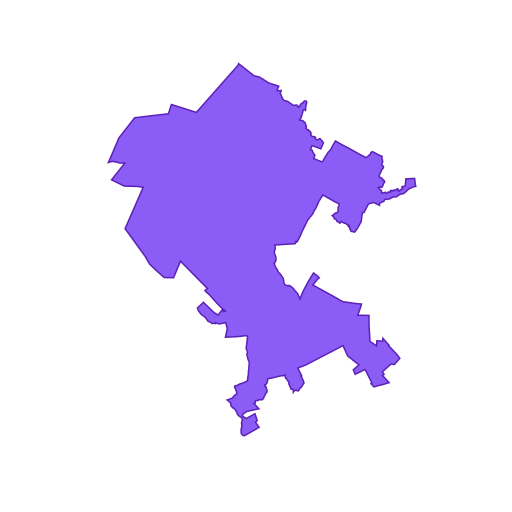 Escuintla, Chiapas, Mexico (Robinson projection), rotated 293°
{"feature_id": "50627088B28564966320854", "entity_name": "Escuintla", "entity_type": "district", "adm_level": 2, "iso_a3": "MEX", "parent_name": "Mexico", "parent_adm1": "Chiapas", "projection": "robinson", "projection_center": [-92.576, 15.351], "detail": "fine", "context": "isolated", "style": "filled", "palette": "violet", "viewbox_px": 512, "rotation_deg": 293, "n_neighbors": 0, "source": "geoboundaries", "source_scale": "gbopen_adm2", "svg_char_len": 6149}
<svg xmlns="http://www.w3.org/2000/svg" viewBox="0 0 512 512"><g transform="rotate(293 256 256)"><path d="M191.4,428.0L195.5,419.0L197.1,420.1L198.8,417.6L209.3,422.5L210.1,425.7L218.0,428.4L220.2,424.5L223.0,418.4L225.3,412.9L225.9,413.2L229.8,405.0L227.0,405.8L225.2,400.4L220.3,402.1L221.9,394.3L237.3,386.7L245.5,383.2L241.2,372.8L249.9,372.3L253.0,371.9L251.1,365.9L248.5,356.0L247.9,354.6L248.2,350.0L248.5,348.5L249.4,340.6L251.5,319.6L258.8,321.8L260.6,322.8L261.5,320.8L262.9,315.6L253.9,314.2L243.0,313.2L233.7,313.1L237.7,309.0L239.5,304.9L240.7,303.1L241.6,300.1L241.9,297.9L241.0,297.3L240.8,294.1L241.1,293.3L242.8,291.9L246.0,289.9L249.1,285.1L249.6,283.4L250.7,281.8L251.8,281.2L252.5,279.4L256.3,275.4L257.0,276.0L259.2,276.1L260.9,275.7L263.2,274.4L265.9,271.7L267.6,271.2L270.2,270.9L273.5,269.1L282.6,287.2L285.1,287.2L284.8,288.1L287.4,288.6L293.1,289.0L295.3,288.8L309.7,289.6L310.4,290.0L313.1,290.5L314.3,291.1L317.5,291.8L320.1,291.8L322.2,292.3L328.8,292.6L329.0,292.4L330.8,292.5L338.3,293.7L336.7,307.6L336.5,311.3L336.2,312.1L334.9,312.8L332.7,312.6L328.7,314.3L327.5,313.6L326.5,312.2L324.5,311.3L323.0,310.3L322.2,312.4L320.9,313.6L320.7,316.1L319.5,317.0L319.5,317.7L319.0,320.4L319.2,320.6L321.1,320.9L320.7,323.5L321.1,324.2L320.8,324.6L320.9,325.8L320.4,328.3L320.7,329.3L320.5,329.7L320.1,330.0L319.4,329.4L319.1,329.7L319.1,330.7L318.4,331.6L317.5,331.8L316.9,332.8L316.1,333.4L315.9,334.4L316.4,336.0L316.3,336.8L316.7,337.6L321.3,338.6L328.6,339.4L337.3,337.0L338.2,338.4L347.9,339.2L351.2,343.3L350.9,349.9L352.2,349.3L353.0,349.3L355.8,351.9L356.6,352.4L358.0,352.4L358.8,352.8L359.1,353.9L359.7,354.5L359.9,355.3L360.7,356.6L363.8,359.0L365.3,362.1L368.9,364.3L370.9,367.2L373.1,368.6L377.0,370.2L381.3,373.9L382.5,375.9L384.1,374.7L389.4,371.7L385.6,363.8L378.7,366.0L377.9,365.1L377.0,363.3L376.2,363.7L375.5,364.5L375.1,364.6L373.7,363.2L371.6,362.3L371.5,361.6L371.8,361.0L372.6,360.9L373.3,360.2L372.6,359.4L370.5,358.2L370.7,357.6L370.1,356.8L369.4,356.4L369.6,355.7L369.3,355.3L369.0,355.4L368.7,355.1L368.8,354.3L367.5,354.8L366.9,353.6L366.8,353.0L366.1,352.4L365.4,352.2L364.4,351.3L365.3,350.3L364.0,348.9L363.1,346.8L364.5,346.5L365.1,346.0L366.7,341.8L368.0,343.0L368.0,344.4L369.0,345.3L372.7,345.1L374.4,345.6L375.2,344.9L375.6,344.2L375.3,344.1L375.1,343.5L375.8,343.1L376.7,341.5L377.1,338.5L378.2,337.9L383.2,338.1L383.8,337.8L386.5,338.7L388.1,338.5L388.5,337.9L388.7,336.4L389.4,336.0L389.9,335.9L392.2,335.8L393.9,334.8L395.4,333.3L397.0,333.3L397.0,329.2L397.6,322.5L396.2,321.3L394.9,321.5L393.8,321.2L392.7,320.5L391.3,320.0L389.6,318.7L390.0,312.7L391.5,299.0L391.7,295.2L392.9,284.2L386.4,283.3L383.6,283.3L379.2,281.8L373.7,280.9L368.9,280.4L368.4,279.6L368.2,271.0L371.7,270.9L371.9,270.7L373.6,267.9L375.4,266.3L375.1,264.8L376.5,264.5L379.5,264.4L380.0,273.8L386.6,273.8L387.7,271.9L388.0,271.6L388.0,271.2L389.0,269.2L388.8,268.5L388.2,268.3L387.1,267.4L386.7,266.0L387.0,264.9L388.5,264.4L388.6,262.9L388.0,261.1L388.3,260.0L388.5,259.3L389.0,258.9L389.7,259.1L390.2,258.9L391.6,257.6L391.6,256.8L392.1,256.2L392.0,255.6L392.7,254.8L392.4,254.0L392.5,253.2L393.4,251.7L394.7,252.0L396.1,250.5L396.5,250.4L397.7,249.4L398.1,248.8L398.2,247.3L398.9,246.4L398.9,245.9L398.1,243.0L398.7,242.8L400.9,243.5L403.6,243.1L406.3,242.9L408.6,242.4L409.5,243.2L409.6,243.8L409.3,244.6L409.8,244.6L412.5,243.5L415.6,243.0L417.2,242.4L417.4,242.6L418.0,242.1L418.2,241.4L418.0,240.8L417.8,240.3L417.1,239.7L415.3,239.3L413.9,238.1L413.1,237.8L410.0,237.6L409.6,237.3L409.6,236.7L410.8,235.4L410.9,234.9L410.6,233.8L409.7,232.5L409.3,231.5L410.7,224.3L410.1,221.2L410.8,219.5L415.2,214.8L418.2,214.5L416.6,211.6L416.8,210.6L421.2,210.6L420.3,200.1L422.1,188.9L421.1,183.8L426.3,164.8L424.5,164.9L364.9,145.0L362.4,118.9L352.7,119.8L335.9,90.3L311.2,83.7L284.4,83.6L286.5,86.1L287.0,86.9L287.8,90.2L288.4,94.5L289.8,97.7L290.1,98.9L269.7,93.3L268.9,107.4L273.6,119.4L275.2,125.3L230.0,124.8L211.7,155.2L211.4,155.3L206.9,161.4L203.6,170.1L200.3,180.0L203.8,188.6L221.7,188.5L207.1,224.0L204.3,222.5L203.1,224.7L203.1,225.3L202.2,228.0L197.1,238.9L194.8,244.5L193.4,249.3L192.2,248.3L193.1,245.8L186.8,244.2L187.6,239.3L192.8,225.7L185.2,222.4L183.2,224.5L183.1,224.4L180.9,228.3L179.7,233.3L177.3,237.1L177.0,241.3L176.6,241.9L177.8,243.6L177.9,245.2L178.9,245.0L179.0,248.6L182.8,254.2L178.0,257.9L169.3,259.6L174.6,270.6L176.0,272.8L175.8,272.9L178.4,277.1L179.0,279.6L166.9,283.1L164.7,285.5L164.2,285.7L162.8,285.8L161.4,286.2L161.2,286.5L157.8,289.0L155.7,291.1L153.3,292.2L152.5,292.3L149.9,293.3L146.8,294.1L143.8,295.3L140.2,296.0L139.1,296.8L137.6,296.4L136.9,296.4L133.0,292.5L132.1,291.3L130.8,290.1L129.6,289.4L128.6,287.8L127.6,287.2L126.3,288.2L124.8,289.9L122.8,291.5L121.4,292.1L119.0,290.5L116.8,290.0L115.7,289.5L112.2,285.7L110.8,290.1L108.3,291.5L107.3,293.6L107.1,294.0L107.3,294.6L106.6,296.6L104.4,299.7L103.8,300.0L102.7,301.4L102.2,302.2L101.6,305.6L101.0,306.5L99.6,307.6L96.7,307.9L96.2,308.1L95.7,308.9L94.4,308.9L92.6,310.1L92.2,309.8L90.2,310.1L86.8,311.8L85.7,314.0L86.0,315.6L99.5,325.8L102.9,320.4L104.9,321.5L110.4,316.7L102.6,310.5L103.2,307.2L103.6,306.2L104.9,305.5L109.0,308.1L109.7,308.8L116.5,318.4L119.4,311.7L120.5,312.8L122.6,312.0L122.8,312.2L123.9,314.5L124.8,314.8L125.2,315.2L125.4,316.4L126.2,318.0L126.6,318.2L128.5,318.5L132.8,318.6L134.8,319.2L135.8,319.0L136.9,318.5L138.2,317.2L139.1,316.8L139.6,316.1L139.8,314.6L140.3,314.4L140.8,314.4L141.2,315.0L142.0,315.4L143.4,315.7L144.8,315.4L145.4,315.5L147.5,314.7L150.7,319.5L151.4,320.2L151.8,321.0L152.2,321.2L155.7,326.2L156.0,327.1L157.8,329.3L155.9,330.2L155.0,331.2L154.9,332.3L154.1,333.1L152.6,335.6L152.1,336.0L151.2,336.1L147.1,340.4L147.8,341.8L147.7,342.1L147.0,342.7L145.2,343.6L147.2,344.1L148.0,344.9L148.2,347.5L148.9,347.8L151.6,348.2L152.9,349.0L153.7,349.0L154.5,349.4L156.8,349.5L157.4,349.8L157.9,349.8L159.8,348.2L163.2,344.2L163.6,344.8L169.2,338.3L175.4,344.6L207.5,371.1L199.8,379.4L196.0,393.3L189.3,390.0L185.8,393.5L194.2,400.8L184.3,412.4L183.4,411.7L181.6,415.8L186.5,421.7L186.3,421.8L191.4,428.0Z" fill="#8b5cf6" stroke="#5b21b6" stroke-width="1.5"/></g></svg>